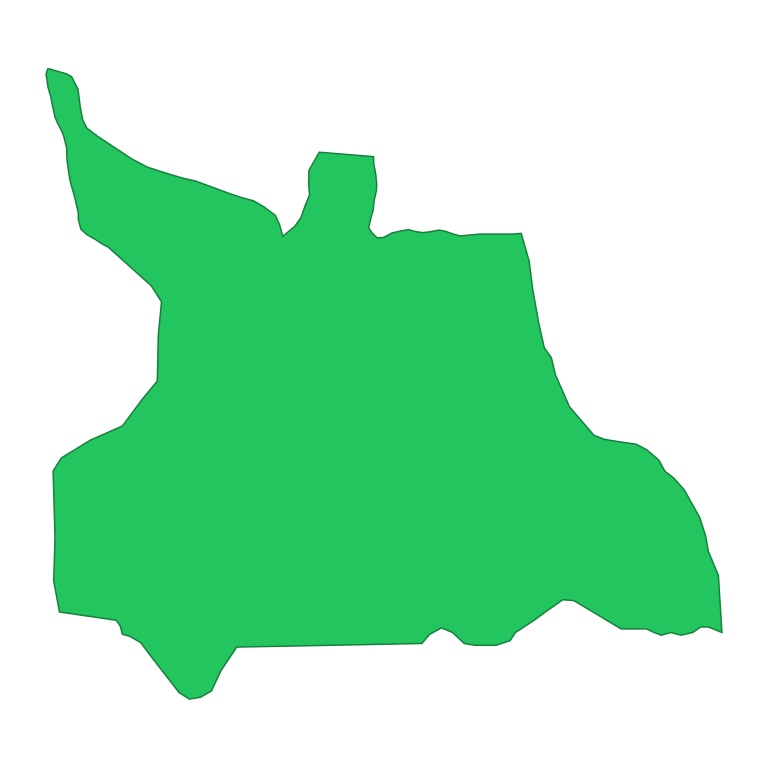 Abba, Nana-Mambéré, Central African Republic (Natural Earth projection)
{"feature_id": "33826404B97851482460311", "entity_name": "Abba", "entity_type": "district", "adm_level": 2, "iso_a3": "CAF", "parent_name": "Central African Republic", "parent_adm1": "Nana-Mambéré", "projection": "natural_earth1", "projection_center": [15.206, 5.282], "detail": "fine", "context": "isolated", "style": "filled", "palette": "green", "viewbox_px": 768, "rotation_deg": 0, "n_neighbors": 0, "source": "geoboundaries", "source_scale": "gbopen_adm2", "svg_char_len": 1967}
<svg xmlns="http://www.w3.org/2000/svg" viewBox="0 0 768 768"><path d="M495.8,645.3L510.0,640.7L515.5,632.5L533.6,620.6L548.6,609.7L562.8,599.7L573.8,600.6L595.1,613.3L616.4,626.1L621.1,628.9L641.6,628.9L646.3,628.9L654.2,632.5L661.3,635.2L670.7,632.5L681.0,635.2L692.8,632.5L700.6,627.0L708.5,627.0L721.9,632.5L718.4,575.4L708.4,551.5L705.5,535.4L699.7,517.5L691.3,502.5L684.5,490.2L673.9,478.2L664.8,471.1L659.0,460.3L646.8,449.8L636.1,444.2L618.0,441.6L604.2,439.3L593.8,435.2L569.5,406.8L555.4,374.7L551.4,357.7L544.3,347.8L538.8,323.3L532.7,289.4L529.2,261.3L521.2,233.4L512.5,234.1L500.3,234.1L493.5,234.1L487.4,234.1L479.3,234.1L467.7,235.2L460.3,236.0L453.2,234.1L446.1,231.5L439.3,230.0L429.3,231.9L422.5,232.6L415.1,231.5L408.6,229.6L401.9,230.7L391.9,233.0L383.5,237.5L377.0,237.8L372.2,233.0L368.6,227.8L371.2,216.9L373.2,210.2L374.1,200.8L376.4,190.7L376.7,183.6L375.7,173.9L373.8,163.8L373.5,156.7L319.3,152.2L309.0,170.2L308.6,184.0L309.6,194.9L305.7,204.2L300.9,217.7L294.8,226.3L282.8,236.3L279.6,224.8L275.4,215.4L263.8,206.8L253.5,200.8L242.2,197.8L229.0,193.4L217.7,189.2L195.4,181.0L182.2,178.0L168.3,173.9L147.4,167.2L131.9,159.0L97.4,136.2L87.0,128.3L82.8,120.1L80.3,107.4L78.0,89.1L75.4,84.2L71.6,76.7L66.1,73.7L56.7,71.1L49.6,68.9L47.7,68.9L46.1,74.1L48.0,87.2L50.9,97.3L51.9,102.9L54.1,113.0L55.1,117.5L57.7,123.4L61.9,131.3L63.8,136.5L66.7,148.1L67.0,160.1L68.0,167.2L69.0,174.7L70.9,184.0L74.4,196.0L78.3,212.8L78.3,219.2L80.9,229.2L86.7,234.5L95.1,239.3L101.9,243.8L108.3,247.2L151.2,285.7L161.5,301.8L158.3,335.4L157.3,381.0L142.2,399.3L122.5,425.9L90.5,440.1L61.2,458.0L53.1,471.1L54.4,515.2L55.0,537.7L53.7,581.0L59.5,612.0L88.3,616.2L116.3,620.3L120.2,625.9L122.4,634.3L129.5,636.2L140.6,642.5L151.6,657.2L179.2,692.7L189.4,699.1L200.4,697.3L211.5,690.9L220.9,670.8L236.7,647.1L421.8,643.5L429.7,634.3L441.5,627.9L452.5,632.5L464.3,643.5L475.4,645.3L490.3,645.3L495.8,645.3Z" fill="#22c55e" stroke="#15803d" stroke-width="1.5"/></svg>